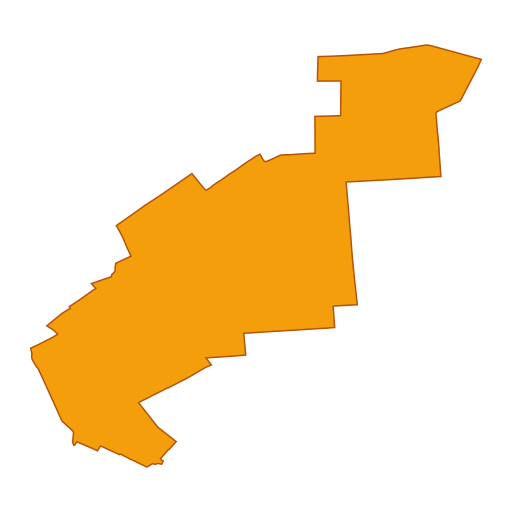 Mitreni, Calarasi, Romania (Natural Earth projection)
{"feature_id": "2599482B76882873077957", "entity_name": "Mitreni", "entity_type": "district", "adm_level": 2, "iso_a3": "ROU", "parent_name": "Romania", "parent_adm1": "Calarasi", "projection": "natural_earth1", "projection_center": [26.636, 44.19], "detail": "fine", "context": "isolated", "style": "filled", "palette": "amber", "viewbox_px": 512, "rotation_deg": 0, "n_neighbors": 0, "source": "geoboundaries", "source_scale": "gbopen_adm2", "svg_char_len": 3227}
<svg xmlns="http://www.w3.org/2000/svg" viewBox="0 0 512 512"><path d="M163.3,461.0L162.1,460.3L161.0,459.5L160.4,458.8L164.4,454.2L168.4,449.5L168.9,449.7L176.2,441.6L175.9,441.4L161.4,430.0L158.2,427.5L157.5,426.8L147.0,413.4L138.6,402.7L140.3,401.7L142.1,400.7L144.5,399.6L150.0,396.8L155.0,394.2L156.6,393.4L168.1,387.6L168.4,387.8L169.3,387.3L180.1,381.7L183.9,379.8L184.0,379.8L185.1,379.3L194.1,374.1L200.5,370.3L205.5,367.5L207.8,366.4L208.8,366.0L210.6,365.2L211.3,364.9L206.0,357.9L232.0,356.2L245.7,355.1L245.0,346.6L244.7,343.9L244.2,338.6L243.8,333.3L262.3,332.1L268.5,331.7L285.2,330.7L295.2,330.1L312.2,329.0L317.0,328.7L321.8,328.4L322.5,328.4L326.2,328.2L329.8,327.9L334.7,327.5L333.6,312.7L333.1,306.1L345.2,305.4L357.3,304.7L356.3,295.4L354.6,280.2L352.4,258.0L351.6,248.4L351.3,244.1L351.0,239.5L349.8,226.1L348.7,212.3L347.3,196.5L346.1,182.0L394.2,179.4L416.8,178.0L440.9,176.5L440.5,171.2L439.8,161.1L439.1,151.9L438.9,146.5L438.6,144.0L438.2,139.1L438.0,136.1L437.5,132.7L436.9,124.8L436.4,118.9L436.0,115.4L435.9,113.5L436.1,112.5L436.3,112.3L438.1,111.2L446.2,107.4L451.3,105.0L453.9,103.8L459.9,101.1L460.1,101.0L460.3,100.6L460.5,100.2L460.8,99.7L461.2,99.2L463.4,94.9L466.0,89.8L470.1,82.1L472.6,77.2L477.6,67.6L479.9,62.4L481.3,59.4L469.4,56.2L459.2,53.4L437.2,47.4L430.5,45.6L428.2,45.2L427.3,45.0L425.8,45.1L413.5,47.0L404.1,48.3L399.1,49.1L397.1,49.6L394.3,50.3L385.7,52.8L383.3,53.4L382.1,53.6L379.6,53.7L361.9,54.7L355.6,55.0L349.3,55.4L331.8,56.2L318.1,56.6L317.8,65.9L317.5,75.2L317.4,81.1L341.0,81.0L340.6,115.7L314.9,116.4L315.0,127.8L315.1,153.2L305.9,153.6L296.8,154.2L290.5,154.7L285.5,154.8L281.4,155.0L280.5,155.1L279.8,155.4L274.3,158.0L268.8,160.5L266.0,161.5L265.5,161.6L264.9,161.5L264.2,161.1L263.8,160.7L262.8,159.3L260.0,154.2L255.6,156.4L252.1,158.8L246.4,162.4L240.1,166.9L234.7,170.8L231.8,172.6L230.4,173.4L222.3,179.2L221.3,180.0L218.6,181.6L215.8,183.4L212.4,185.9L211.3,187.1L206.6,190.0L205.6,190.1L205.4,189.9L203.4,187.8L191.9,173.6L166.3,191.2L158.3,196.7L145.5,205.0L141.5,207.9L122.8,221.1L116.3,225.6L119.8,231.8L122.3,236.5L124.5,241.5L127.5,248.7L130.1,254.1L131.0,256.2L115.8,263.2L115.6,264.5L115.1,267.3L115.1,270.1L115.0,271.0L114.2,272.2L113.3,273.1L111.9,274.4L111.6,275.1L111.3,276.8L103.4,279.4L91.4,283.6L95.8,288.5L92.9,290.3L90.1,292.3L83.7,296.9L80.3,299.3L69.4,306.6L70.1,308.3L62.0,313.4L54.4,319.6L46.8,325.9L47.8,326.5L49.8,327.7L51.9,329.1L52.3,329.3L55.2,331.6L56.9,333.4L57.6,334.3L52.6,337.3L50.1,338.6L38.2,344.7L30.7,348.1L31.0,349.5L31.1,350.0L31.8,353.4L31.8,354.2L31.7,356.9L31.8,357.8L32.0,358.6L32.5,360.0L33.5,361.8L34.1,362.8L35.9,365.9L38.1,368.6L42.9,378.8L49.2,392.7L54.3,404.0L61.3,419.7L62.4,421.5L72.3,430.5L73.2,431.5L73.5,432.8L73.2,436.3L72.6,441.7L72.7,442.2L73.8,445.4L74.8,444.8L75.8,443.4L76.8,441.8L93.7,449.0L97.5,450.8L100.5,445.9L119.6,454.7L120.2,453.9L123.4,455.6L124.7,456.2L126.0,456.9L127.3,457.6L129.0,458.5L129.7,458.9L130.9,459.5L135.8,461.6L137.0,462.3L146.9,467.0L152.3,463.8L152.7,463.7L153.1,463.7L153.6,463.9L154.0,464.1L154.5,464.2L155.4,464.3L156.2,464.0L157.1,463.7L157.8,463.5L158.4,463.5L160.0,463.9L161.6,464.2L162.4,462.6L163.3,461.0Z" fill="#f59e0b" stroke="#b45309" stroke-width="1.5"/></svg>